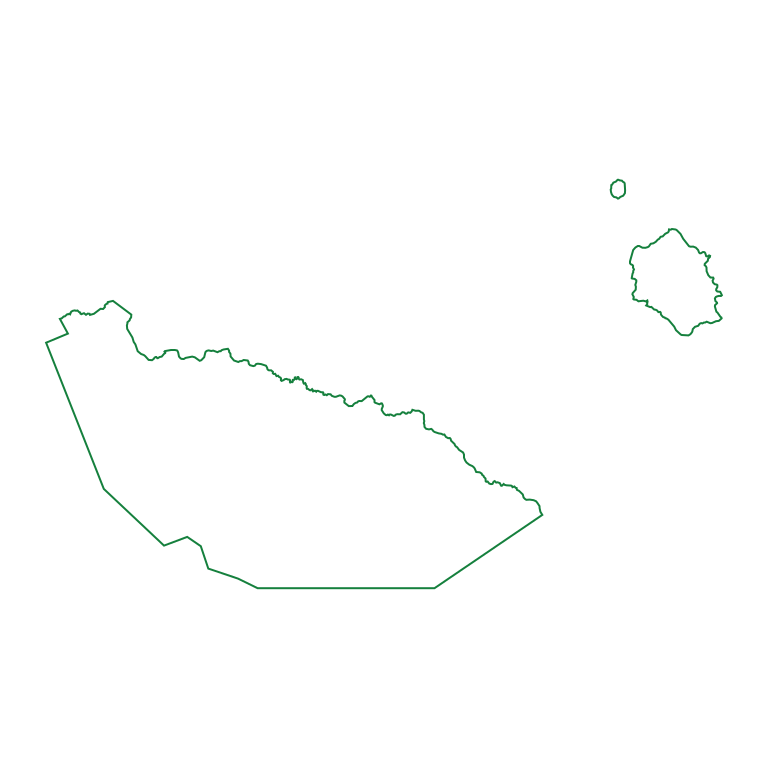 Rai Coast District, Madang, Papua New Guinea
{"feature_id": "67681753B12323407332592", "entity_name": "Rai Coast District", "entity_type": "district", "adm_level": 2, "iso_a3": "PNG", "parent_name": "Papua New Guinea", "parent_adm1": "Madang", "projection": "robinson", "projection_center": [146.508, -5.549], "detail": "fine", "context": "isolated", "style": "outline", "palette": "green", "viewbox_px": 768, "rotation_deg": 0, "n_neighbors": 0, "source": "geoboundaries", "source_scale": "gbopen_adm2", "svg_char_len": 6104}
<svg xmlns="http://www.w3.org/2000/svg" viewBox="0 0 768 768"><path d="M434.5,588.2L542.3,514.9L540.4,511.8L539.6,508.1L539.5,506.1L537.3,502.8L536.1,501.3L533.7,500.2L529.8,499.6L526.3,499.8L524.9,498.9L523.6,497.5L522.8,494.5L519.1,490.9L516.9,489.8L516.6,488.0L515.7,487.9L514.4,486.5L512.5,487.2L511.9,486.0L511.1,485.6L506.4,485.3L504.4,484.8L503.7,484.0L501.8,485.8L501.1,485.7L499.8,483.1L497.6,482.3L496.2,482.6L494.7,481.1L493.6,481.7L492.5,483.9L491.0,484.1L489.3,483.6L487.6,481.5L486.3,481.8L485.7,481.3L485.5,478.5L483.9,476.9L483.5,475.8L482.1,474.8L481.7,473.6L479.7,472.3L476.2,472.0L474.7,468.5L473.8,467.3L472.4,466.1L469.3,464.7L466.5,462.5L465.1,460.4L464.0,457.6L464.0,454.6L463.1,452.5L459.1,449.9L457.1,447.2L455.8,446.4L454.9,445.1L454.6,444.1L451.1,440.7L450.6,438.9L449.8,438.0L448.2,438.2L445.9,436.9L444.4,434.5L443.1,434.7L441.4,433.8L438.8,433.4L434.6,432.0L433.4,431.2L432.2,429.6L431.2,428.9L429.0,429.4L426.1,428.8L424.5,426.9L424.4,424.8L423.8,423.1L424.3,421.1L423.9,419.4L423.9,414.7L422.6,412.8L421.1,412.3L419.5,411.0L418.5,410.7L415.6,410.8L412.4,409.8L411.7,411.4L410.3,412.8L408.2,412.4L406.7,413.7L405.7,413.7L404.0,412.4L402.4,412.2L400.1,414.3L397.2,414.2L395.6,414.7L394.8,415.7L393.7,415.9L390.8,414.5L389.6,414.6L389.0,415.3L387.9,414.6L386.8,415.2L385.7,415.0L383.8,413.4L381.7,410.1L381.8,408.8L382.8,406.5L382.8,405.4L382.0,403.5L381.2,403.3L379.4,404.3L375.1,402.7L374.5,402.1L374.5,400.0L372.0,396.9L371.4,395.6L370.9,395.5L369.8,396.8L368.5,396.3L367.5,396.4L361.7,401.1L359.2,401.0L358.1,401.4L357.2,402.5L355.5,402.9L353.8,404.1L352.4,406.0L348.8,406.1L344.4,402.6L344.3,400.9L344.9,399.8L344.8,399.1L342.6,396.5L341.3,395.7L339.7,395.4L335.9,396.8L334.4,396.8L331.8,395.8L330.6,394.3L328.0,394.1L326.8,395.2L325.6,394.5L324.4,395.0L323.5,394.8L323.2,393.9L323.5,393.2L323.0,392.3L321.0,392.2L317.9,390.8L316.8,390.9L316.2,391.7L315.0,390.7L313.0,391.4L312.7,391.0L312.8,390.0L312.1,389.1L310.6,390.3L309.7,390.2L307.9,388.8L306.9,388.8L306.6,388.0L306.8,386.2L305.8,384.9L305.8,384.0L305.2,383.1L304.0,383.7L303.4,382.9L302.8,380.0L301.2,379.3L299.4,379.5L298.7,378.7L298.7,377.6L298.2,377.0L297.5,377.1L297.3,378.6L296.4,379.2L295.6,378.7L295.2,377.4L294.8,377.5L294.6,379.2L294.0,379.9L292.8,379.9L292.6,380.3L292.8,381.7L292.3,382.2L291.0,382.0L290.2,382.5L289.9,382.1L290.1,380.3L289.7,379.7L287.8,379.5L286.6,378.9L284.7,379.2L283.6,380.1L281.6,380.9L280.9,380.3L281.0,378.4L280.5,377.6L279.1,377.0L278.1,375.7L276.5,376.1L275.2,373.8L273.8,374.0L272.8,373.3L272.9,371.8L271.1,370.3L268.9,370.3L268.1,369.9L267.4,369.1L267.1,367.6L266.0,365.7L261.1,364.1L257.9,363.7L256.2,364.0L254.8,365.7L253.3,366.1L250.0,365.2L248.8,363.8L248.5,361.8L247.7,360.5L243.7,360.0L241.6,361.1L240.0,361.1L238.3,362.0L234.0,360.5L230.6,356.5L230.4,353.6L229.1,351.9L229.1,350.6L227.9,348.8L223.5,349.5L221.6,350.2L220.7,351.2L219.3,351.2L217.5,352.2L213.2,350.6L211.2,351.0L208.7,350.4L207.3,350.7L206.4,351.1L205.4,352.2L204.2,357.2L201.3,360.2L199.7,360.8L194.8,357.3L192.2,356.6L185.6,357.9L183.8,359.0L181.7,358.9L180.6,358.4L179.0,356.6L178.2,352.6L177.7,351.3L177.0,350.4L174.8,350.0L171.0,350.0L164.9,351.1L164.5,351.6L165.3,352.4L165.2,353.1L164.2,353.7L161.7,356.6L159.7,357.0L157.8,358.2L157.3,358.2L156.3,357.0L155.7,357.0L154.6,357.6L153.6,359.0L152.0,360.2L148.6,359.9L145.2,356.1L143.8,355.0L141.1,354.0L137.7,351.2L135.4,344.4L133.7,341.9L132.4,337.5L127.2,328.9L126.9,325.4L127.4,323.6L127.4,322.3L129.6,320.4L129.9,319.1L131.1,317.4L131.3,314.6L113.0,300.9L107.8,302.1L107.5,303.6L106.7,303.7L105.1,305.0L104.7,305.8L104.9,307.1L103.1,309.0L100.5,308.8L93.9,313.8L90.0,314.9L89.6,313.8L87.7,313.6L86.0,314.8L84.0,313.2L81.3,314.2L80.3,313.5L80.2,312.5L79.0,312.0L77.5,310.5L76.0,310.8L74.8,310.4L72.8,310.8L71.2,311.7L70.1,314.3L69.3,313.7L68.2,314.3L67.3,314.2L64.8,316.4L63.7,316.5L61.8,318.3L59.9,318.9L67.9,333.6L46.1,342.7L103.8,488.9L164.0,545.6L187.2,536.9L200.8,546.2L208.3,568.6L238.0,578.6L257.6,588.2L434.5,588.2ZM675.6,229.5L671.9,229.0L670.8,229.7L669.0,229.4L668.7,231.5L668.0,232.4L665.2,233.8L662.7,236.4L660.6,236.8L659.2,238.8L657.8,239.6L655.8,241.8L653.4,243.3L650.7,243.8L648.9,246.4L647.8,247.1L645.4,247.8L642.4,247.7L639.2,246.0L637.8,246.0L635.4,247.5L633.2,250.0L630.0,261.3L630.0,263.2L630.7,264.2L632.5,265.0L633.1,265.9L633.0,267.6L634.0,269.4L633.2,271.0L633.2,272.5L632.6,273.4L631.7,278.2L632.0,278.5L634.7,278.9L636.3,280.3L636.3,281.8L635.3,284.9L635.9,286.7L635.7,289.7L632.7,293.1L632.4,294.3L633.8,297.0L633.3,299.0L633.9,299.5L636.5,299.8L638.4,301.3L643.3,300.7L645.8,301.4L647.3,300.5L647.6,301.9L647.0,302.5L647.3,304.0L646.2,305.5L650.1,307.1L651.4,306.9L654.1,309.5L655.8,309.8L657.0,310.4L658.4,312.1L660.1,311.9L660.7,312.5L660.9,314.3L661.5,315.3L663.2,317.1L664.7,317.5L665.4,318.3L666.4,318.4L668.4,319.7L674.2,326.6L676.0,330.2L680.7,334.5L681.7,335.0L688.5,335.4L690.4,334.2L691.8,332.5L692.3,331.6L692.8,329.1L695.0,326.8L698.2,325.8L699.7,323.7L701.2,323.1L702.5,323.4L704.0,322.5L705.2,322.5L706.7,321.7L710.3,323.2L712.0,323.0L716.0,321.2L718.8,320.9L721.6,318.4L721.4,317.5L720.4,316.8L717.5,312.6L716.4,311.7L714.9,306.5L715.0,305.2L717.1,303.2L717.0,302.6L715.4,301.0L714.9,298.4L715.8,297.0L717.0,296.4L718.9,295.9L721.0,296.0L721.9,295.2L720.2,291.8L717.3,291.5L716.2,290.4L716.2,289.1L717.3,287.2L717.4,285.2L716.8,284.6L714.7,284.2L713.0,282.5L712.6,280.6L713.6,278.7L713.2,277.6L710.4,277.5L708.3,275.2L706.6,271.2L706.5,267.6L706.0,266.4L704.6,265.1L704.8,263.8L707.8,260.8L708.1,258.8L709.9,257.0L710.1,255.9L709.1,255.4L707.4,256.5L706.2,256.2L705.2,253.0L704.5,252.2L703.0,252.0L700.8,253.3L699.7,253.2L699.0,252.4L698.1,250.0L695.8,247.6L693.2,246.6L690.5,246.7L689.0,246.2L683.2,238.8L680.5,233.9L676.6,230.0L675.6,229.5ZM618.6,179.8L617.6,179.8L615.9,181.6L613.4,182.6L612.0,184.8L611.3,185.1L611.2,188.5L610.7,189.5L611.0,192.0L611.7,194.2L612.7,195.7L614.1,197.0L616.4,197.4L617.9,198.6L618.7,198.4L620.4,196.9L623.2,195.7L624.9,193.2L625.1,190.4L624.7,183.6L624.3,182.6L622.8,181.7L622.0,180.7L619.4,180.3L618.6,179.8Z" fill="none" stroke="#15803d" stroke-width="2"/></svg>